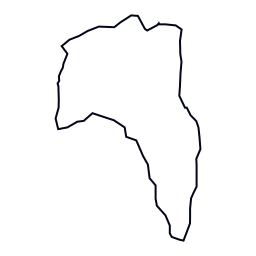 Laneia, Limassol, Cyprus (Robinson projection)
{"feature_id": "46923920B30538260046236", "entity_name": "Laneia", "entity_type": "district", "adm_level": 2, "iso_a3": "CYP", "parent_name": "Cyprus", "parent_adm1": "Limassol", "projection": "robinson", "projection_center": [32.922, 34.818], "detail": "fine", "context": "isolated", "style": "outline", "palette": "ink", "viewbox_px": 256, "rotation_deg": 0, "n_neighbors": 0, "source": "geoboundaries", "source_scale": "gbopen_adm2", "svg_char_len": 994}
<svg xmlns="http://www.w3.org/2000/svg" viewBox="0 0 256 256"><path d="M158.8,23.3L157.3,25.1L147.2,30.5L144.9,28.9L137.9,15.9L131.2,15.4L120.5,22.3L114.3,27.2L98.8,26.6L87.6,31.0L79.1,35.9L69.5,39.7L61.7,46.1L67.4,53.8L65.2,59.4L63.5,63.6L62.8,67.7L60.6,72.0L58.9,76.3L59.2,80.8L57.6,83.5L58.4,86.4L58.8,99.6L58.6,107.7L55.6,118.5L58.2,129.1L59.0,129.0L67.4,127.4L77.3,121.7L83.7,120.9L92.5,113.2L105.4,117.5L113.8,120.2L124.7,127.4L126.2,136.8L136.3,140.4L143.0,155.9L147.9,164.6L149.6,178.2L155.6,185.4L155.6,198.6L156.9,205.8L165.5,215.4L169.8,225.6L169.8,233.3L171.7,236.9L179.5,239.7L180.5,239.9L183.5,240.6L187.4,230.4L190.0,223.4L190.1,216.4L190.1,208.3L191.1,198.3L193.3,193.3L196.6,186.6L196.6,177.1L196.6,165.4L196.3,158.9L200.4,149.1L199.6,138.4L198.5,127.6L196.3,121.1L190.6,115.3L186.8,107.7L185.0,107.7L179.3,95.8L180.0,85.6L180.5,73.3L181.5,61.9L180.3,53.7L180.0,40.9L181.6,29.5L175.7,25.4L165.0,24.3L159.2,24.3L158.8,23.3Z" fill="none" stroke="#020617" stroke-width="2"/></svg>